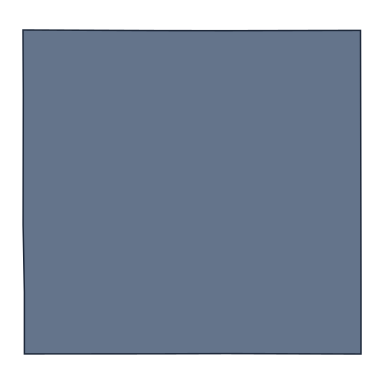 McPherson, Kansas, United States of America
{"feature_id": "52423323B31241610916517", "entity_name": "McPherson", "entity_type": "district", "adm_level": 2, "iso_a3": "USA", "parent_name": "United States of America", "parent_adm1": "Kansas", "projection": "robinson", "projection_center": [-97.687, 38.392], "detail": "fine", "context": "isolated", "style": "filled", "palette": "slate", "viewbox_px": 384, "rotation_deg": 0, "n_neighbors": 0, "source": "geoboundaries", "source_scale": "gbopen_adm2", "svg_char_len": 288}
<svg xmlns="http://www.w3.org/2000/svg" viewBox="0 0 384 384"><path d="M23.0,30.0L23.3,94.7L23.1,224.6L24.4,292.3L24.4,353.9L159.1,353.8L226.2,353.6L361.0,354.0L361.0,289.2L360.9,224.5L360.5,30.4L225.6,30.7L158.1,30.6L23.0,30.0Z" fill="#64748b" stroke="#1e293b" stroke-width="1.5"/></svg>